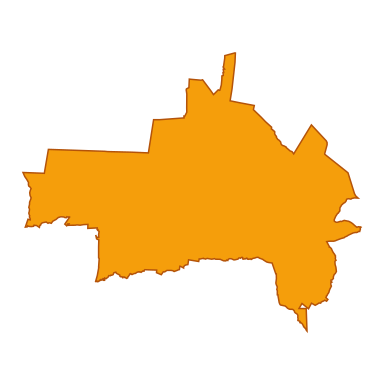 Morelos, Zacatecas, Mexico (Natural Earth projection)
{"feature_id": "50627088B46925631567457", "entity_name": "Morelos", "entity_type": "district", "adm_level": 2, "iso_a3": "MEX", "parent_name": "Mexico", "parent_adm1": "Zacatecas", "projection": "natural_earth1", "projection_center": [-102.666, 22.855], "detail": "fine", "context": "isolated", "style": "filled", "palette": "amber", "viewbox_px": 384, "rotation_deg": 0, "n_neighbors": 0, "source": "geoboundaries", "source_scale": "gbopen_adm2", "svg_char_len": 6004}
<svg xmlns="http://www.w3.org/2000/svg" viewBox="0 0 384 384"><path d="M336.2,269.7L335.9,267.2L335.1,264.5L334.9,261.6L335.3,260.8L336.0,260.4L335.3,258.6L335.5,257.6L335.4,256.8L335.5,255.9L335.1,255.6L334.9,254.8L333.1,252.3L331.9,249.9L331.5,248.8L330.3,247.4L329.4,247.1L329.5,246.9L326.7,241.6L329.4,241.2L333.7,241.2L335.6,240.7L336.4,240.3L341.2,238.5L344.2,237.7L344.9,237.0L347.0,236.1L348.3,235.2L353.0,233.0L355.1,232.5L356.7,232.5L357.7,232.1L358.7,231.4L359.7,231.5L360.4,229.1L360.2,228.0L361.0,227.2L360.4,226.9L359.5,226.9L358.3,226.7L356.9,227.3L354.9,225.7L352.6,223.6L350.7,222.3L348.7,221.3L344.2,220.4L341.5,221.5L340.4,221.3L338.0,222.1L337.0,222.3L335.9,222.2L334.3,221.1L334.2,219.8L335.7,216.3L337.6,213.4L338.3,213.1L339.1,211.8L339.7,211.2L339.9,210.6L339.7,210.1L339.9,209.3L339.9,208.2L340.1,207.4L340.9,206.4L341.5,205.0L342.3,204.5L343.4,203.3L344.8,202.6L345.9,201.3L346.3,200.5L346.4,199.8L347.0,199.0L348.8,198.7L350.5,199.1L351.2,199.0L351.7,198.5L354.5,197.9L358.1,198.1L355.7,195.9L354.5,193.7L348.0,172.8L324.8,154.3L324.7,153.7L327.1,144.8L327.1,142.6L326.3,140.9L311.4,124.9L293.7,153.9L292.3,152.0L292.0,151.6L290.2,151.0L286.4,147.7L286.0,146.9L285.6,146.9L285.2,146.5L284.0,145.9L282.6,145.5L282.0,145.1L281.4,144.4L280.9,143.6L280.7,142.1L279.2,140.3L277.8,139.4L276.4,137.4L276.5,136.7L275.9,135.7L275.1,134.8L274.6,133.3L274.8,132.0L274.6,131.5L274.1,131.0L273.5,130.8L272.9,130.2L272.8,129.8L271.4,129.0L271.6,127.2L265.5,121.7L261.2,117.2L253.4,109.7L254.3,105.5L238.9,102.6L230.1,100.8L232.0,89.1L235.0,62.3L235.4,53.0L234.9,52.9L224.8,55.6L224.7,58.4L223.5,66.7L223.1,67.0L224.6,69.1L223.2,69.3L223.7,72.5L223.0,72.6L223.3,75.5L221.9,75.9L221.8,79.8L221.3,85.0L219.9,90.2L219.4,90.4L218.5,89.9L218.2,89.9L213.5,94.6L210.7,90.6L202.6,79.8L201.0,80.2L191.0,79.3L189.3,79.1L188.9,87.6L186.5,88.9L186.3,89.2L186.2,90.0L186.8,94.0L186.7,108.3L186.8,112.2L184.8,116.1L183.9,116.1L184.1,117.9L159.6,119.7L153.6,119.7L148.4,152.9L131.9,152.2L107.6,151.6L104.7,151.3L48.4,149.4L44.3,173.3L23.0,172.5L24.8,176.6L26.8,179.5L28.5,182.5L28.4,184.5L28.7,186.0L30.0,187.0L31.1,188.6L30.3,190.4L29.7,192.7L30.1,195.6L31.1,197.7L30.8,199.1L29.6,202.1L29.5,204.5L28.8,207.4L29.5,209.1L29.3,211.3L28.8,213.1L29.3,214.9L29.7,215.8L29.4,216.9L30.3,219.0L30.2,219.9L28.0,219.2L25.3,227.1L27.2,226.9L27.7,225.8L28.0,226.1L28.9,226.4L31.4,226.6L33.6,226.3L33.8,225.3L34.3,225.2L34.9,225.4L36.5,225.5L39.4,227.4L39.8,225.4L40.6,225.1L40.9,224.2L41.7,223.2L42.8,222.7L46.2,222.0L48.0,223.3L49.1,222.7L51.3,223.3L52.7,221.3L53.7,220.7L56.0,219.5L58.3,217.5L60.7,216.8L61.6,216.8L63.9,217.0L64.9,217.6L66.3,217.7L66.9,216.7L67.9,217.1L69.0,216.8L69.6,217.1L64.8,224.1L66.7,225.8L67.7,223.9L69.0,223.9L68.2,225.3L75.3,225.2L76.9,224.9L80.1,225.2L83.6,224.6L87.9,224.4L87.8,228.4L97.2,227.9L97.1,229.5L97.9,229.6L97.8,230.4L99.1,231.4L98.6,234.7L98.8,237.3L96.6,237.2L95.7,235.0L96.6,238.9L98.8,239.9L98.6,246.9L98.6,257.9L99.2,258.5L98.6,267.1L98.8,267.2L97.3,275.5L95.6,281.5L96.0,281.7L96.6,281.1L97.0,281.1L97.5,281.7L98.0,281.7L99.0,281.1L99.7,280.2L100.1,280.2L100.1,280.5L100.6,280.2L100.8,279.5L101.0,279.4L101.9,280.2L102.1,280.1L103.0,278.6L103.7,278.7L103.7,280.3L104.6,280.3L104.7,278.1L106.0,278.7L108.1,277.1L108.8,275.6L110.2,275.8L110.5,275.6L110.9,275.1L111.6,275.3L113.2,274.6L113.7,272.9L115.4,272.2L115.9,272.2L116.2,273.1L116.4,273.3L119.8,275.1L120.0,276.4L120.5,276.7L121.0,276.8L121.8,276.7L122.8,277.7L123.1,277.0L124.5,277.1L124.5,277.4L124.8,277.6L125.4,277.6L125.5,277.8L125.9,277.9L126.7,278.4L127.7,277.8L127.8,276.9L128.4,276.4L129.6,274.6L129.9,273.9L130.5,273.6L131.1,273.8L131.3,274.4L132.2,274.5L133.9,273.6L135.5,273.4L137.0,272.3L138.5,271.8L139.0,272.1L139.5,271.8L140.1,272.1L140.8,272.0L141.1,272.3L142.9,271.0L143.9,271.2L144.1,271.1L144.0,270.6L144.8,269.7L156.7,270.1L156.5,272.7L161.3,274.7L163.3,271.8L164.7,271.9L166.9,270.4L171.1,270.4L172.9,270.7L174.1,271.5L176.9,270.5L178.2,269.9L179.4,269.6L179.8,266.5L179.9,266.2L180.6,266.4L183.6,268.0L183.6,267.2L183.7,266.7L184.6,265.6L185.7,265.0L187.9,264.6L188.6,259.8L198.7,261.5L199.2,258.9L200.5,259.0L201.1,258.7L201.8,258.7L203.4,258.3L203.7,258.7L204.6,258.7L205.4,259.1L207.2,258.4L211.6,259.2L213.5,258.9L214.3,258.6L215.5,259.2L220.2,259.3L223.5,260.8L225.9,260.9L226.7,260.0L227.2,260.1L227.8,260.5L228.4,259.2L229.5,258.7L231.2,258.7L233.9,259.9L235.0,259.8L238.0,259.1L238.7,258.1L239.9,257.9L240.4,258.2L241.5,257.5L242.0,257.3L242.5,257.5L242.8,257.9L242.7,258.7L242.9,259.1L244.1,259.1L244.7,258.7L245.4,258.6L245.8,258.9L246.8,258.1L247.8,258.8L248.0,259.0L247.9,259.2L248.7,259.3L250.6,258.9L251.0,259.0L251.1,259.4L251.6,259.4L252.4,258.6L253.3,258.3L255.0,258.0L256.1,257.5L257.7,257.3L258.1,257.3L259.6,258.2L262.8,259.4L263.5,260.0L266.7,262.0L268.6,262.5L272.1,263.0L275.8,273.9L276.3,273.9L276.4,278.8L275.9,282.7L276.0,283.8L276.5,285.2L277.3,286.9L276.8,289.7L277.3,290.5L277.3,294.8L277.9,294.8L278.1,296.4L279.2,302.6L279.8,304.1L280.4,304.9L281.0,305.1L285.1,306.0L286.4,307.0L287.4,308.1L288.5,308.8L289.5,309.2L290.3,309.3L292.2,309.3L292.9,309.5L294.2,310.7L294.6,312.1L295.4,313.0L296.5,313.6L297.5,314.5L297.9,315.7L297.8,317.4L298.1,319.0L297.9,319.7L297.9,320.5L299.6,321.2L300.0,321.5L300.2,322.0L299.9,322.2L299.9,322.6L300.2,322.8L301.4,323.0L302.3,323.9L303.7,326.4L303.6,326.7L304.0,327.0L304.4,327.5L304.7,327.6L305.0,328.2L305.3,328.3L306.3,330.0L306.3,330.3L307.0,331.1L306.2,308.6L299.0,308.5L302.0,303.5L308.5,308.8L311.5,303.2L315.2,305.3L317.9,303.8L318.6,303.2L319.3,303.0L320.3,303.2L320.8,303.0L321.1,302.2L322.4,301.4L322.8,301.4L323.3,301.0L323.8,300.9L324.7,300.2L326.6,301.2L327.9,299.5L325.9,297.6L326.4,296.5L326.5,295.8L327.0,295.6L327.8,293.9L328.4,293.2L329.0,292.0L329.2,291.0L329.8,289.3L331.4,286.1L331.2,285.5L330.9,285.0L330.8,282.9L331.1,282.5L331.9,282.1L330.9,281.2L331.1,280.0L332.2,279.9L333.4,278.4L333.3,277.0L334.2,274.5L335.3,273.5L336.4,271.5L336.2,269.7Z" fill="#f59e0b" stroke="#b45309" stroke-width="1.5"/></svg>